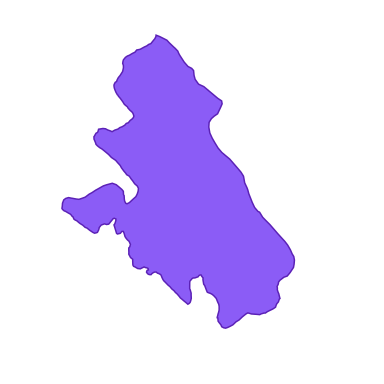 the district of Sumusta, Bani Suwayf, Egypt, rotated 131°
{"feature_id": "37247803B50724482845491", "entity_name": "Sumusta", "entity_type": "district", "adm_level": 2, "iso_a3": "EGY", "parent_name": "Egypt", "parent_adm1": "Bani Suwayf", "projection": "equal_earth", "projection_center": [30.871, 28.951], "detail": "fine", "context": "isolated", "style": "filled", "palette": "violet", "viewbox_px": 384, "rotation_deg": 131, "n_neighbors": 0, "source": "geoboundaries", "source_scale": "gbopen_adm2", "svg_char_len": 5078}
<svg xmlns="http://www.w3.org/2000/svg" viewBox="0 0 384 384"><g transform="rotate(131 192 192)"><path d="M214.7,55.7L211.7,60.0L211.2,61.2L209.8,63.5L208.4,64.6L207.5,65.8L205.1,66.4L203.9,67.1L203.2,67.6L201.3,67.7L200.7,67.7L198.3,67.2L195.9,66.7L193.0,65.0L188.3,65.1L187.7,65.2L185.5,65.5L182.4,65.9L179.5,67.6L176.2,70.0L173.9,72.9L173.0,75.8L171.1,79.8L169.3,85.0L168.4,89.5L168.0,93.0L167.2,99.8L166.3,106.1L165.5,111.8L165.1,117.5L164.7,122.1L163.1,127.1L162.9,127.8L163.4,129.5L162.6,134.6L160.3,139.8L157.9,144.4L156.1,147.9L153.8,151.3L152.8,153.1L150.5,158.3L149.1,160.0L146.3,163.5L146.0,164.4L145.1,167.4L144.9,168.1L144.8,168.6L144.1,173.2L143.2,179.5L142.4,185.2L142.5,189.8L142.6,195.4L141.7,201.2L139.9,206.9L138.1,212.1L135.8,217.2L134.1,219.3L132.0,221.9L128.2,224.8L123.9,225.5L120.1,225.0L116.2,224.0L114.5,224.5L109.5,225.9L105.7,227.1L103.8,229.4L104.4,234.0L104.5,239.7L104.6,244.8L104.7,252.2L106.3,257.8L104.9,263.6L102.6,267.0L99.3,270.5L98.9,273.4L99.9,277.4L99.1,283.1L96.8,291.1L95.9,293.4L95.0,295.1L94.6,299.1L94.6,300.8L94.3,307.1L93.9,310.5L94.9,314.5L95.9,318.4L97.2,322.0L98.4,321.2L100.8,320.6L102.2,320.6L104.6,320.5L107.0,320.4L109.0,321.5L111.4,322.0L113.8,323.1L116.8,324.2L118.2,324.7L119.7,325.8L121.1,326.9L123.5,326.8L124.0,326.8L126.5,327.9L129.9,329.0L131.8,330.0L134.2,330.6L135.2,330.5L137.1,330.5L138.5,329.9L140.4,328.7L141.4,327.0L141.7,326.6L143.3,325.2L146.6,323.4L151.4,322.7L152.8,322.7L154.3,322.6L156.7,322.0L158.1,321.4L159.6,321.9L162.0,321.3L162.9,320.7L163.9,319.6L164.8,318.4L165.7,316.7L166.6,314.9L167.6,312.1L167.5,311.5L168.0,310.3L168.2,308.7L168.4,307.5L168.9,305.2L169.3,303.5L169.8,301.9L170.2,300.6L170.2,298.8L170.1,296.6L170.6,295.5L171.0,292.6L171.0,289.8L171.4,288.1L172.8,285.7L174.2,285.1L176.2,285.1L178.6,285.6L181.5,285.5L183.4,286.6L185.8,286.6L188.7,287.6L190.7,288.7L193.1,289.2L196.0,290.9L197.5,291.4L198.9,291.9L199.4,293.6L200.5,296.4L201.0,298.7L202.5,300.9L205.9,303.7L208.3,302.5L209.3,302.5L210.7,303.0L213.1,302.5L214.0,302.3L214.6,302.3L216.4,300.6L217.8,297.7L218.6,296.3L219.0,295.8L219.2,293.7L219.1,290.9L218.6,288.0L218.5,285.2L218.4,279.5L218.8,275.5L218.2,270.4L218.7,267.0L219.1,263.5L220.0,261.2L220.9,257.2L221.3,254.4L221.8,252.7L221.2,249.8L222.1,246.4L222.5,244.1L223.4,240.7L223.4,237.2L224.1,235.5L224.3,234.9L226.7,233.2L229.5,232.0L232.4,231.3L236.3,231.8L241.1,232.3L243.5,233.3L244.0,234.5L243.6,235.5L243.1,236.8L241.7,238.5L239.3,240.8L238.9,242.0L236.5,244.3L236.1,246.6L236.1,250.0L236.2,254.0L237.7,257.9L242.6,261.2L245.0,262.6L245.5,262.9L252.8,265.5L253.5,265.8L258.2,267.1L261.1,268.2L265.9,269.2L268.8,270.8L271.7,272.5L273.2,274.7L275.2,278.1L275.6,278.7L277.2,281.5L279.7,283.1L282.1,283.6L285.4,282.4L287.8,280.6L289.7,279.4L290.1,278.3L290.1,276.0L289.6,274.9L289.1,272.1L288.5,269.2L288.5,268.7L289.0,266.4L288.9,265.2L289.9,263.5L289.8,261.8L289.3,260.1L289.3,257.3L289.2,255.6L288.7,252.7L288.8,249.5L288.1,247.6L288.0,244.2L287.5,240.2L287.0,238.5L285.5,237.4L284.5,236.9L282.1,237.5L280.7,238.1L279.7,238.7L277.3,238.8L276.4,238.8L275.4,238.2L273.5,237.2L272.4,234.9L271.5,234.4L271.0,233.8L269.1,233.8L268.1,233.9L266.2,233.9L263.8,234.0L262.8,233.4L262.3,231.7L263.4,230.8L265.1,230.0L266.6,229.4L268.0,229.3L272.7,221.8L272.6,220.7L270.2,219.0L269.7,219.0L268.3,219.1L267.8,219.1L266.8,218.0L267.7,216.2L269.6,213.3L270.1,211.6L270.5,209.3L270.5,208.2L270.5,207.1L271.4,205.3L271.8,204.2L274.2,203.0L275.7,203.0L277.1,201.8L279.0,200.0L280.4,198.9L280.9,197.7L281.2,196.8L281.8,195.4L281.7,192.6L283.1,191.4L285.5,189.1L286.0,188.5L286.4,187.3L285.9,185.6L285.4,182.8L283.9,180.6L282.4,180.0L280.0,179.0L279.5,177.3L279.0,176.7L278.5,175.0L279.4,173.8L280.4,174.4L280.9,174.4L282.3,173.8L282.8,172.1L282.7,170.9L282.2,169.8L281.3,168.7L279.8,168.7L277.9,168.2L276.9,167.6L275.9,166.5L275.9,165.4L275.9,164.8L275.4,163.7L274.9,161.4L275.3,160.3L276.2,158.6L277.2,156.3L277.6,154.5L277.6,153.4L278.0,148.8L277.9,146.6L278.4,143.7L278.3,140.9L278.7,138.6L278.7,136.3L279.2,133.0L279.6,131.2L279.5,128.9L279.5,126.6L279.4,124.3L279.4,122.1L279.4,121.5L277.9,121.0L276.5,121.0L275.5,121.4L275.0,121.6L272.7,122.8L270.3,125.1L268.9,126.3L267.0,129.2L266.5,130.3L265.1,131.5L262.3,133.9L260.9,135.0L259.9,135.1L259.4,135.1L257.0,135.1L256.0,134.6L255.0,133.5L253.1,132.4L252.1,131.8L250.2,131.9L249.2,131.3L248.7,130.8L248.7,130.2L249.2,129.6L249.6,127.3L251.0,126.2L252.5,124.4L253.9,122.7L254.3,121.0L257.1,115.8L257.6,114.6L257.0,112.9L256.5,111.8L256.0,109.6L256.0,107.3L256.4,103.9L258.0,100.8L258.2,100.4L259.2,98.1L260.6,96.4L262.0,95.2L263.4,94.0L265.8,92.8L267.2,92.2L268.2,91.6L268.7,91.4L269.6,91.0L270.4,90.5L270.1,89.9L272.4,87.5L272.9,85.2L273.3,83.0L274.2,81.2L273.7,79.0L272.7,77.3L270.8,76.2L268.3,75.1L265.4,74.0L261.1,73.6L257.7,72.5L253.3,72.1L250.4,71.6L248.0,71.1L246.6,70.5L245.9,69.1L245.1,67.2L242.1,63.2L240.1,60.4L238.7,59.9L236.2,58.3L235.2,57.2L232.8,56.6L230.4,55.6L227.9,54.5L226.5,54.0L224.1,53.4L222.6,54.1L220.7,54.7L218.3,54.7L215.4,55.9L214.7,55.7Z" fill="#8b5cf6" stroke="#5b21b6" stroke-width="1.5"/></g></svg>